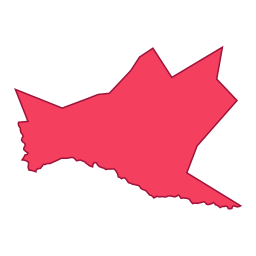 Aroazes, Piauí, Brazil (Albers equal-area conic projection)
{"feature_id": "56859067B8295879910763", "entity_name": "Aroazes", "entity_type": "district", "adm_level": 2, "iso_a3": "BRA", "parent_name": "Brazil", "parent_adm1": "Piauí", "projection": "albers", "projection_center": [-41.863, -6.125], "detail": "fine", "context": "isolated", "style": "filled", "palette": "rose", "viewbox_px": 256, "rotation_deg": 0, "n_neighbors": 0, "source": "geoboundaries", "source_scale": "gbopen_adm2", "svg_char_len": 2042}
<svg xmlns="http://www.w3.org/2000/svg" viewBox="0 0 256 256"><path d="M237.0,100.5L216.7,79.1L222.4,47.2L175.4,75.3L171.8,77.4L152.9,48.2L139.6,57.0L130.8,70.5L125.9,75.8L109.3,93.3L98.1,94.5L84.4,99.8L64.8,107.1L62.2,108.1L15.4,89.4L28.0,121.4L18.5,122.3L18.3,124.2L19.0,126.3L20.3,128.1L20.4,130.4L21.0,132.6L22.4,134.5L23.3,136.1L22.1,137.9L21.5,140.1L22.5,141.7L24.4,143.1L25.4,145.5L24.0,147.4L23.7,149.4L25.0,150.8L26.4,151.9L27.8,152.8L27.3,154.4L24.9,155.0L24.3,156.5L23.3,158.2L22.1,159.9L24.0,160.1L25.9,160.7L27.3,161.4L28.6,162.4L28.4,165.1L28.1,166.9L28.4,168.4L29.0,170.1L30.9,170.3L33.4,170.9L35.9,171.8L36.1,170.1L37.7,168.8L40.4,168.4L41.3,167.1L42.5,165.8L43.3,164.4L45.1,164.5L47.2,163.6L50.0,163.5L56.3,160.7L57.8,160.0L61.5,158.2L66.8,158.3L71.9,157.4L73.9,157.9L75.4,159.5L76.6,160.8L80.2,160.0L83.0,161.1L84.9,161.9L85.9,163.1L87.8,164.4L89.3,165.7L90.9,166.3L92.6,166.9L92.8,164.8L94.4,162.5L96.6,162.9L97.2,164.4L99.1,166.5L101.6,167.5L104.3,168.3L105.7,169.5L108.6,169.0L111.3,169.1L112.9,168.8L114.4,169.2L116.0,171.0L117.2,173.1L117.9,175.0L118.3,177.0L120.1,177.5L121.5,178.7L123.0,178.0L124.6,177.8L126.3,179.4L127.3,181.1L128.7,182.8L130.8,183.3L132.6,184.3L134.4,184.5L136.5,185.1L138.1,185.3L139.7,186.4L140.7,188.2L142.7,189.5L145.5,190.4L147.2,192.2L148.3,193.5L149.5,195.0L151.3,195.4L152.7,196.6L153.8,197.9L155.6,197.1L156.9,196.3L159.2,196.9L162.3,196.6L164.4,196.9L166.3,196.9L167.9,196.1L169.6,195.8L172.0,196.3L174.6,196.9L176.9,196.1L178.3,195.0L179.6,196.1L181.0,198.3L183.5,197.9L185.4,198.2L187.1,198.4L189.5,199.3L190.3,200.8L191.3,202.1L192.7,203.6L195.0,203.1L197.6,203.4L199.5,202.8L201.5,202.5L203.4,201.7L205.2,202.4L206.5,204.2L208.2,204.6L210.3,204.1L212.1,203.5L213.4,202.5L214.7,203.5L215.5,204.8L217.1,205.2L218.6,206.3L220.3,207.6L222.2,206.4L224.0,206.6L225.6,206.0L227.4,206.7L228.4,208.7L230.3,208.8L231.9,208.4L232.4,206.4L234.1,205.9L237.1,206.9L239.3,206.5L240.6,205.8L186.8,172.8L197.1,145.9L203.5,138.6L237.0,100.5Z" fill="#f43f5e" stroke="#9f1239" stroke-width="1.5"/></svg>